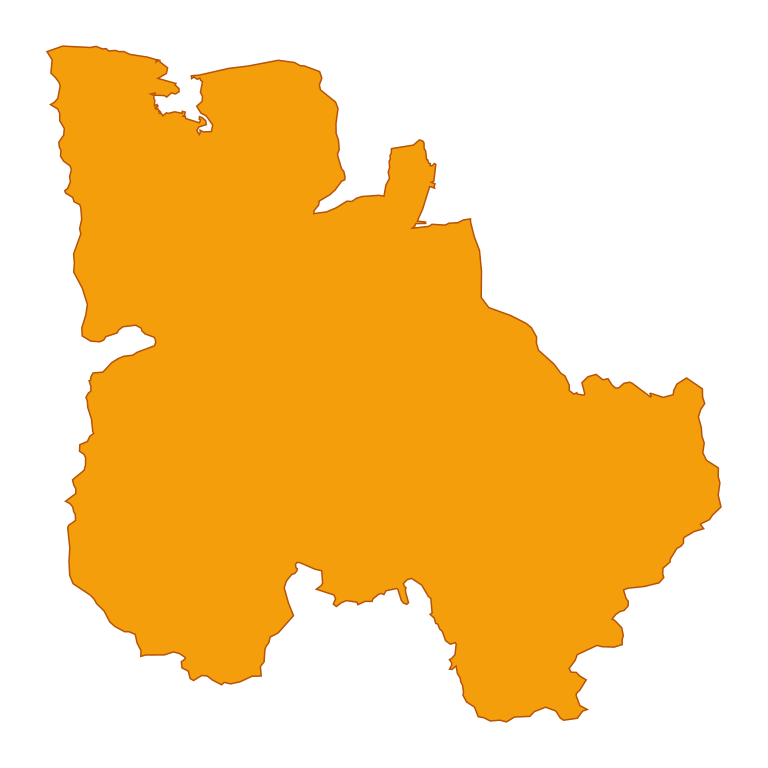 Viisoara, Mures, Romania
{"feature_id": "2599482B3692872469981", "entity_name": "Viisoara", "entity_type": "district", "adm_level": 2, "iso_a3": "ROU", "parent_name": "Romania", "parent_adm1": "Mures", "projection": "equal_earth", "projection_center": [24.576, 46.301], "detail": "fine", "context": "isolated", "style": "filled", "palette": "amber", "viewbox_px": 768, "rotation_deg": 0, "n_neighbors": 0, "source": "geoboundaries", "source_scale": "gbopen_adm2", "svg_char_len": 5985}
<svg xmlns="http://www.w3.org/2000/svg" viewBox="0 0 768 768"><path d="M466.6,702.0L474.5,707.1L478.2,716.7L484.0,717.8L490.3,721.0L499.9,720.2L506.5,721.9L514.6,717.0L529.8,716.4L534.4,711.6L545.6,707.2L555.8,711.0L560.4,718.2L563.6,720.2L577.3,718.3L582.6,711.1L587.3,709.5L579.8,705.5L576.1,695.5L576.5,693.4L579.9,690.0L586.2,679.9L579.6,675.9L576.3,672.4L571.1,672.2L569.1,668.5L575.1,660.4L577.3,654.6L597.0,645.4L602.0,646.7L614.2,647.1L622.2,644.6L622.1,640.1L623.3,635.4L621.7,627.7L614.6,620.3L612.1,619.2L615.6,614.6L619.6,611.7L624.1,610.4L628.1,606.0L628.3,601.4L626.1,598.5L623.5,589.9L628.1,588.2L644.4,586.5L659.1,582.8L663.8,577.5L662.7,574.0L663.0,568.2L670.0,562.1L670.4,558.9L676.8,548.5L680.9,546.2L683.5,543.1L683.5,538.7L684.3,537.3L694.2,531.5L703.7,528.7L700.5,524.6L701.0,523.7L709.5,519.6L712.6,515.0L721.0,507.0L718.2,495.1L719.9,482.9L718.2,476.6L718.4,468.0L706.5,460.3L702.8,452.8L704.2,443.0L701.9,436.0L701.3,427.4L698.4,417.0L700.7,409.5L704.7,403.6L702.6,397.0L702.4,388.8L686.5,378.0L677.0,384.0L673.7,390.5L673.2,394.6L663.4,397.4L650.7,393.3L650.0,393.5L651.2,396.4L650.5,397.0L632.3,383.3L629.7,382.2L623.9,383.3L618.8,387.8L615.6,388.1L612.1,385.1L608.0,378.7L602.9,379.8L596.1,374.4L588.0,376.7L581.9,382.7L584.7,393.6L584.1,395.2L577.3,394.1L576.8,392.7L573.9,394.1L569.3,390.6L569.2,385.0L565.0,376.0L560.8,373.2L553.9,364.0L538.5,350.2L536.4,343.1L536.6,337.0L531.4,327.7L526.3,323.5L510.8,315.6L488.8,307.6L481.2,297.5L481.5,271.5L479.5,250.5L474.2,236.5L470.6,222.2L470.5,218.9L463.5,219.9L457.9,222.7L449.0,223.2L445.2,225.1L432.0,224.3L428.8,226.4L412.4,228.2L414.8,226.1L415.7,223.6L425.7,223.4L425.6,222.0L417.3,221.1L422.5,209.5L429.7,186.5L434.6,188.2L434.1,186.1L435.1,183.9L431.3,182.3L433.8,181.3L435.8,164.4L434.3,163.5L432.5,165.5L430.2,165.8L430.3,163.5L428.6,163.1L427.6,159.8L426.6,159.7L425.7,151.4L424.1,148.2L424.0,142.9L422.8,141.1L419.4,139.9L413.4,145.1L391.5,148.6L391.2,153.5L390.0,155.4L390.3,159.2L389.1,161.4L389.6,167.5L388.2,172.1L389.5,178.2L385.9,185.1L384.0,196.1L378.7,195.3L362.2,196.5L356.5,198.2L352.0,201.4L346.8,201.2L336.4,207.7L326.5,211.9L313.8,213.6L314.1,210.6L318.6,205.1L319.3,201.0L329.9,194.7L335.1,190.0L341.7,181.1L344.8,179.8L345.0,176.8L343.8,171.4L341.6,168.9L337.7,155.7L337.6,153.6L339.2,149.8L338.9,145.0L338.4,139.9L336.1,133.3L336.0,123.4L338.0,108.6L335.6,102.1L320.4,89.8L319.4,84.8L321.8,78.1L319.6,71.6L304.3,65.9L300.5,65.8L294.4,62.5L278.2,60.3L248.3,66.0L228.6,68.4L199.3,75.1L191.3,75.8L191.6,78.6L193.9,77.1L197.4,79.3L199.8,78.1L200.6,80.3L202.5,81.6L200.4,92.3L202.5,96.3L202.1,101.4L196.7,106.2L200.8,113.0L206.3,116.0L212.7,125.0L211.4,131.6L203.4,131.9L200.0,130.2L200.4,132.2L199.2,134.5L196.8,130.4L198.8,127.0L206.3,124.6L205.7,120.7L202.1,117.6L199.5,116.7L199.2,119.2L200.5,119.7L199.5,122.8L185.7,118.5L185.3,116.3L183.2,116.2L184.6,115.0L185.2,112.1L182.3,111.3L182.2,113.3L174.7,111.8L168.3,113.4L166.4,112.8L162.9,115.8L161.5,113.7L159.6,113.4L160.7,112.2L159.2,110.6L158.7,111.4L157.7,108.2L155.6,109.0L155.1,107.7L158.0,106.0L157.1,104.5L154.4,105.6L154.8,100.1L153.7,98.4L154.1,95.5L150.7,94.0L155.2,93.1L154.6,95.2L164.4,95.6L166.7,97.1L171.4,92.9L175.5,94.0L179.1,91.7L178.9,88.6L175.0,84.9L175.9,83.5L157.9,78.4L166.4,73.5L167.6,67.8L160.2,62.1L159.8,60.2L158.3,60.4L157.6,61.8L157.6,59.1L156.2,61.7L156.1,59.6L147.4,57.1L129.9,54.4L123.8,51.5L118.4,51.6L115.8,50.4L108.8,51.0L106.0,48.6L102.7,49.0L96.1,46.4L90.4,47.5L62.7,46.1L47.0,51.6L52.1,59.8L50.9,73.1L55.3,77.4L59.1,82.5L60.2,85.8L57.8,98.4L54.5,102.2L50.5,104.6L57.8,109.0L59.7,113.4L59.7,120.7L64.3,128.4L63.7,135.1L58.8,142.2L59.3,146.9L61.0,150.5L60.5,156.2L63.6,161.1L70.0,165.8L71.4,169.5L69.6,176.6L70.4,181.8L67.6,188.5L64.7,190.7L65.6,193.1L72.8,197.5L74.0,201.7L79.8,204.8L80.8,207.9L81.7,219.3L79.6,228.7L80.8,233.9L73.6,254.0L74.4,262.9L73.7,272.1L82.3,288.2L87.4,304.5L85.8,315.1L81.8,327.8L82.2,335.9L90.7,341.1L99.8,341.8L103.8,340.0L105.9,336.6L117.1,333.0L118.6,330.1L122.8,326.8L135.8,325.2L141.2,328.2L141.9,330.8L145.0,333.9L153.9,337.1L155.3,339.3L155.7,342.7L154.4,345.8L137.1,352.3L132.7,355.2L123.7,356.3L117.9,358.7L111.7,362.7L102.9,372.1L93.0,373.0L91.0,376.7L90.5,380.3L89.1,380.7L90.9,386.5L90.8,391.2L88.4,393.0L86.0,397.4L87.3,401.0L87.8,407.6L91.5,419.2L92.7,431.3L93.7,433.3L89.8,436.3L87.4,441.5L79.8,444.7L79.5,451.3L84.0,454.3L85.6,457.6L85.5,465.1L84.1,470.3L72.5,479.8L73.7,484.8L75.9,489.0L75.7,493.6L65.5,501.3L69.9,503.6L72.7,506.9L73.7,511.7L75.3,514.4L75.5,520.5L68.9,525.1L67.7,527.6L69.8,548.0L69.0,561.2L69.7,575.3L73.1,583.7L90.4,595.2L94.2,599.2L96.6,603.6L104.2,611.1L109.8,621.9L114.8,626.4L124.5,631.7L128.9,631.7L135.2,634.4L137.1,643.0L141.0,650.6L140.8,656.4L145.7,655.0L164.4,654.9L173.5,651.9L179.6,653.6L185.3,657.5L185.0,659.1L181.3,661.8L182.0,667.9L188.3,671.1L190.1,678.5L193.6,680.5L201.7,675.5L207.3,676.0L212.4,680.0L221.6,684.8L224.3,682.4L230.6,683.9L240.1,681.8L251.9,676.3L261.2,676.0L260.4,666.5L264.1,661.8L264.9,650.0L265.9,646.6L268.9,642.5L270.1,637.1L278.1,633.0L293.5,615.6L288.5,603.2L284.2,587.8L286.2,581.5L288.1,578.8L291.8,574.4L294.8,573.5L296.9,570.8L297.4,568.8L295.9,567.6L295.5,564.5L296.7,562.5L299.8,562.6L314.7,569.1L321.7,570.8L322.6,583.0L321.3,585.5L316.3,589.2L334.0,595.0L335.6,598.9L333.3,604.1L336.4,606.5L341.0,602.9L346.4,600.6L357.0,602.2L357.8,604.7L365.0,601.4L372.1,601.4L372.9,598.9L378.9,594.1L381.4,593.5L383.9,594.6L385.9,590.8L396.8,588.5L397.9,589.4L401.3,600.3L403.7,603.2L406.8,604.3L408.5,602.7L405.7,592.5L405.4,588.8L406.1,587.9L404.0,585.8L403.4,583.6L407.2,579.7L411.6,578.4L421.7,585.1L428.4,596.5L430.8,598.4L432.1,612.9L430.1,614.4L434.2,618.1L435.7,623.4L437.7,624.0L439.8,629.2L442.2,631.2L445.6,640.7L450.3,644.2L455.3,642.7L456.2,644.0L455.0,654.6L451.7,658.5L449.4,659.6L451.7,663.0L451.5,665.5L449.5,669.2L452.0,669.4L456.1,666.0L457.4,673.5L460.2,678.1L460.7,681.8L462.5,685.1L463.5,692.1L463.0,695.3L466.6,702.0Z" fill="#f59e0b" stroke="#b45309" stroke-width="1.5"/></svg>